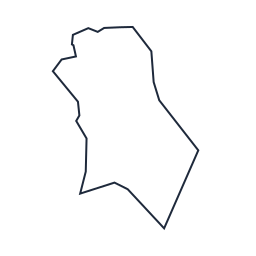 outline of Rubkona, Unity, South Sudan, rotated 172°
{"feature_id": "79223893B27394743162218", "entity_name": "Rubkona", "entity_type": "district", "adm_level": 2, "iso_a3": "SSD", "parent_name": "South Sudan", "parent_adm1": "Unity", "projection": "albers", "projection_center": [29.718, 9.304], "detail": "fine", "context": "isolated", "style": "outline", "palette": "slate", "viewbox_px": 256, "rotation_deg": 172, "n_neighbors": 0, "source": "geoboundaries", "source_scale": "gbopen_adm2", "svg_char_len": 456}
<svg xmlns="http://www.w3.org/2000/svg" viewBox="0 0 256 256"><g transform="rotate(172 128 128)"><path d="M171.9,218.6L170.5,217.5L169.6,206.1L184.2,205.1L194.5,194.7L173.9,161.0L174.4,147.2L178.3,142.2L170.5,123.4L175.9,90.7L184.5,69.7L149.0,75.8L136.8,67.4L106.2,23.6L61.5,96.1L93.2,151.1L96.2,169.9L94.2,200.7L109.3,227.4L122.1,228.9L137.7,230.4L144.6,227.4L153.4,232.4L169.6,227.9L171.9,218.6Z" fill="none" stroke="#1e293b" stroke-width="2"/></g></svg>